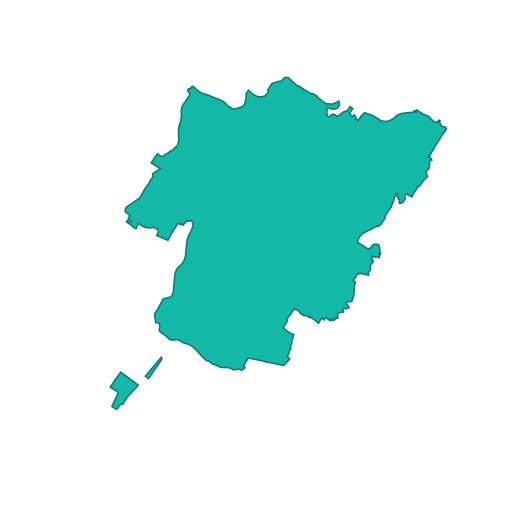 Kota Madiun, Jawa Timur, Indonesia, rotated 19°
{"feature_id": "22746128B30166819315055", "entity_name": "Kota Madiun", "entity_type": "district", "adm_level": 2, "iso_a3": "IDN", "parent_name": "Indonesia", "parent_adm1": "Jawa Timur", "projection": "mercator", "projection_center": [111.53, -7.638], "detail": "fine", "context": "isolated", "style": "filled", "palette": "teal", "viewbox_px": 512, "rotation_deg": 19, "n_neighbors": 0, "source": "geoboundaries", "source_scale": "gbopen_adm2", "svg_char_len": 6059}
<svg xmlns="http://www.w3.org/2000/svg" viewBox="0 0 512 512"><g transform="rotate(19 256 256)"><path d="M182.9,351.8L185.3,351.1L186.6,351.6L188.0,353.7L188.3,356.4L189.3,358.6L191.5,359.4L196.6,360.8L201.6,363.1L204.0,362.8L207.5,361.4L208.6,360.8L209.9,360.6L211.3,360.6L213.2,361.4L216.1,361.8L221.8,361.4L225.0,362.3L227.8,363.5L229.1,363.8L238.4,369.0L243.6,371.2L244.5,370.8L245.7,370.7L249.8,372.3L254.0,372.3L258.2,372.8L261.3,372.2L265.8,370.6L269.8,370.6L271.4,371.0L273.9,370.2L275.2,369.2L276.7,368.3L279.6,368.8L282.0,365.2L280.5,364.2L280.7,360.3L280.5,358.2L281.4,358.1L281.5,355.1L293.6,353.4L299.0,352.8L299.5,353.0L310.0,351.5L316.6,350.8L317.4,350.6L318.3,349.8L321.4,342.4L318.7,341.2L318.4,339.8L318.8,336.4L318.5,335.4L319.2,333.1L319.1,332.3L317.8,329.5L318.3,327.0L317.4,324.4L317.7,323.0L317.4,320.7L317.4,317.8L315.4,318.1L311.2,317.2L306.5,315.6L305.4,314.8L305.4,313.6L305.8,311.5L307.0,307.6L306.4,306.5L306.1,304.5L306.5,302.7L307.5,300.9L308.2,297.7L309.7,293.3L314.8,294.3L316.4,295.7L318.0,296.3L318.5,296.0L319.1,296.0L320.1,297.0L323.5,295.8L324.5,296.4L326.2,297.0L326.7,296.0L332.1,297.4L337.0,299.2L338.1,293.4L341.2,294.3L342.0,291.4L347.1,293.2L347.5,291.3L349.1,292.2L349.8,290.9L350.4,291.4L351.4,290.5L351.0,288.9L351.7,289.0L352.6,288.7L353.2,288.4L353.5,287.6L353.5,287.0L352.6,285.9L352.2,285.1L352.6,283.6L353.7,282.0L354.7,281.2L356.3,281.0L356.8,280.8L356.8,279.8L356.1,278.4L355.9,278.3L355.8,277.6L356.0,277.1L357.3,276.6L357.8,276.9L360.0,275.4L360.8,274.5L360.8,274.2L359.3,272.8L357.3,272.2L356.7,271.7L356.7,271.0L358.4,269.2L359.0,268.7L360.8,268.2L361.4,267.5L361.3,261.4L360.5,257.7L358.6,251.4L358.7,248.8L358.5,248.2L355.7,247.3L356.4,244.8L357.1,244.4L357.4,243.5L357.1,243.0L357.3,242.3L357.0,241.7L358.3,239.3L358.9,239.6L359.3,238.8L359.7,238.9L360.0,238.3L367.5,237.7L368.9,237.3L368.8,236.7L367.7,236.1L367.5,235.6L367.6,235.4L367.3,235.3L368.6,233.2L368.6,230.6L367.5,228.7L367.4,228.1L367.5,226.1L368.4,224.7L368.6,222.9L368.4,222.2L367.5,221.9L366.6,222.0L366.3,221.2L366.6,220.0L365.5,218.3L369.0,218.4L371.4,217.2L373.3,217.6L371.9,213.7L373.3,214.0L373.3,213.4L371.1,210.3L369.8,206.9L368.0,205.4L365.3,205.7L363.3,206.9L362.3,208.6L361.9,210.5L360.8,211.9L359.9,212.7L359.2,212.7L347.2,209.9L347.4,206.3L348.0,203.6L349.5,200.1L351.5,197.7L358.0,191.4L360.1,188.6L361.0,188.8L361.6,188.0L362.2,188.2L364.1,184.9L365.7,178.6L365.2,177.7L365.7,173.6L367.9,165.7L367.9,161.9L368.3,159.1L368.2,157.5L367.8,156.1L367.8,153.5L368.0,152.1L368.5,150.9L370.3,151.7L369.6,153.7L371.7,154.6L371.7,155.6L373.7,156.1L373.5,157.6L374.1,158.3L374.1,159.3L375.1,159.3L376.3,158.6L377.5,157.3L378.3,154.3L378.4,153.0L377.1,150.4L377.9,148.4L384.2,149.5L384.4,149.2L384.0,149.1L386.7,137.2L387.7,137.2L390.0,129.8L392.4,124.8L389.0,121.2L391.1,117.1L389.4,108.8L390.5,108.1L390.9,108.3L391.1,108.2L390.1,107.0L388.1,106.3L386.8,106.2L388.0,104.2L388.1,100.9L389.0,98.6L389.8,93.4L391.3,86.9L392.6,81.3L394.3,76.0L394.7,73.8L394.2,73.1L392.7,72.4L391.2,72.6L390.7,72.9L387.7,72.4L387.7,71.0L385.6,70.1L386.2,68.4L385.1,67.9L383.3,70.7L380.3,70.9L376.4,69.2L373.8,67.7L367.8,67.4L360.3,65.5L360.1,67.2L358.4,66.9L358.2,67.6L360.0,67.9L349.8,72.5L347.0,74.0L344.7,75.7L342.9,77.9L342.1,79.7L340.8,81.7L338.8,84.0L336.9,85.6L334.3,86.7L330.4,87.5L322.9,85.6L319.8,85.2L312.0,85.1L310.5,88.0L310.2,90.4L309.5,90.2L309.4,91.3L308.5,94.3L306.5,94.3L304.7,91.8L303.0,90.5L302.2,91.9L300.6,92.7L300.1,92.3L298.1,90.1L298.6,88.9L299.5,85.0L296.2,84.1L295.0,89.5L294.2,89.5L293.2,90.0L291.5,91.7L290.2,93.4L287.8,97.6L284.8,96.5L283.6,97.3L282.6,96.6L281.2,98.0L280.3,100.4L278.4,100.6L277.6,100.5L277.6,99.5L277.2,99.3L276.8,98.4L276.4,98.0L275.2,92.5L279.1,92.5L281.5,92.0L283.3,91.0L284.9,89.6L285.4,88.7L285.7,86.4L285.4,84.9L284.5,83.4L283.2,81.8L284.1,83.0L281.7,84.8L279.7,86.7L278.1,87.7L272.3,89.2L268.3,88.0L263.1,85.9L260.2,84.4L255.9,83.9L255.7,84.7L247.9,83.1L241.1,81.2L240.3,81.9L228.1,76.7L225.2,77.7L224.3,79.0L223.4,82.0L220.1,83.8L215.1,87.5L213.9,91.4L213.1,95.4L213.3,95.7L214.2,95.8L214.3,96.7L212.4,101.9L212.0,101.8L209.9,103.5L205.8,104.7L204.6,104.7L200.1,104.0L194.9,101.7L193.8,105.9L194.9,108.5L195.8,115.8L195.1,117.8L193.1,120.5L186.7,124.5L184.2,123.9L181.5,123.5L178.6,122.3L177.1,121.2L173.9,120.5L170.4,119.9L164.9,119.9L158.8,119.4L152.2,119.7L149.3,119.2L145.3,118.0L143.0,116.6L141.5,116.0L140.1,116.8L139.6,118.6L139.6,119.5L138.0,119.6L137.4,120.9L137.4,121.8L141.0,124.9L137.3,138.5L138.1,143.6L139.1,145.4L139.7,147.0L140.8,152.4L140.8,156.2L141.3,160.7L142.3,164.0L145.4,172.0L145.7,176.8L142.9,182.5L140.0,186.0L139.4,187.2L137.2,189.4L136.4,190.8L136.5,191.5L134.1,192.6L129.4,191.4L126.6,202.1L137.1,204.7L131.4,211.9L131.8,212.2L132.1,212.9L132.0,213.5L132.2,213.9L132.5,214.0L132.6,214.4L132.3,216.7L131.2,219.7L131.2,222.0L129.8,225.8L128.9,229.3L127.0,239.6L126.7,239.6L117.6,251.8L117.3,252.7L117.3,254.7L117.8,256.7L123.8,258.8L122.9,262.4L126.1,263.0L126.6,263.4L126.9,263.8L126.4,265.0L126.0,265.1L125.3,265.1L123.4,264.1L123.2,264.4L123.4,265.0L123.2,265.2L122.4,265.1L122.4,265.9L127.9,267.5L131.5,269.0L133.8,269.2L134.2,263.6L138.9,264.8L141.7,265.0L145.1,264.5L148.0,263.5L148.6,262.6L149.4,262.2L152.2,262.6L152.9,262.9L154.8,262.9L155.5,264.3L155.7,265.4L155.7,267.0L155.3,268.9L167.7,269.9L168.7,262.9L169.5,259.6L169.6,258.2L170.2,257.0L171.4,250.4L173.9,251.0L174.1,249.9L175.2,250.1L175.4,250.5L177.5,250.4L177.3,249.6L177.3,248.8L177.7,248.2L178.4,247.7L178.8,245.2L180.1,245.4L180.6,245.0L182.0,244.9L181.9,243.8L183.0,243.4L184.7,244.5L186.8,248.2L186.4,254.1L185.6,258.2L185.7,263.2L186.1,266.0L189.4,279.5L189.4,284.6L188.3,288.2L186.6,291.0L185.3,294.5L185.1,297.9L186.5,305.1L189.6,317.4L189.6,319.6L189.4,320.7L188.4,322.6L182.2,326.8L180.4,338.1L178.8,343.7L182.9,351.8ZM186.8,416.4L165.9,409.8L163.6,417.6L163.4,417.5L160.8,427.5L170.2,429.9L168.7,445.2L174.1,446.5L176.8,439.4L178.4,439.7L180.2,431.6L186.8,416.4ZM200.7,384.2L199.4,382.5L190.5,405.6L194.3,406.9L200.7,384.2Z" fill="#14b8a6" stroke="#0f766e" stroke-width="1.5"/></g></svg>